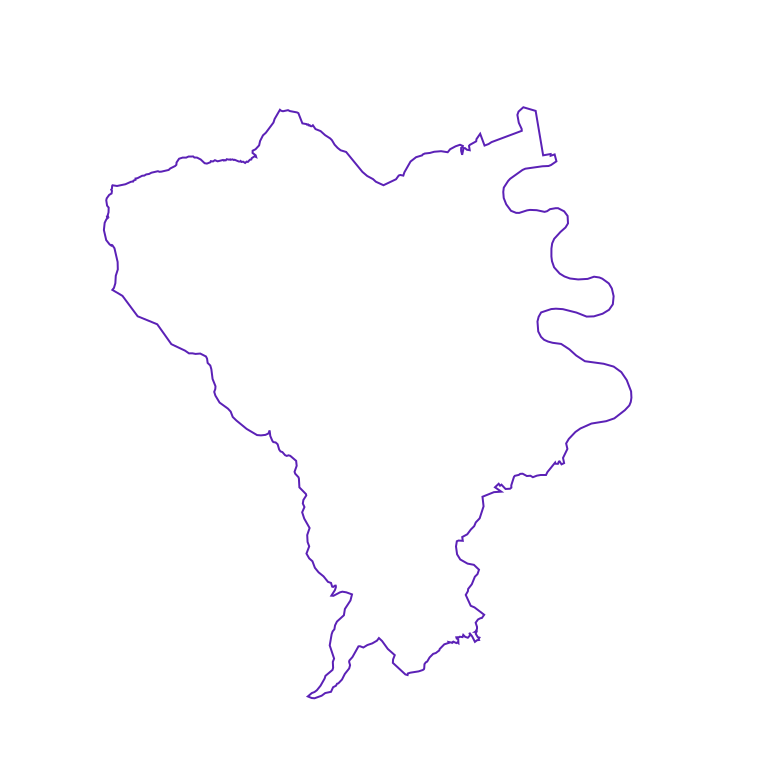 Dobra, Hunedoara, Romania (Equal Earth projection), rotated 77°
{"feature_id": "2599482B49682710241198", "entity_name": "Dobra", "entity_type": "district", "adm_level": 2, "iso_a3": "ROU", "parent_name": "Romania", "parent_adm1": "Hunedoara", "projection": "equal_earth", "projection_center": [22.59, 45.878], "detail": "fine", "context": "isolated", "style": "outline", "palette": "violet", "viewbox_px": 768, "rotation_deg": 77, "n_neighbors": 0, "source": "geoboundaries", "source_scale": "gbopen_adm2", "svg_char_len": 6159}
<svg xmlns="http://www.w3.org/2000/svg" viewBox="0 0 768 768"><g transform="rotate(77 384 384)"><path d="M531.8,497.7L537.1,496.1L540.6,493.6L547.5,492.7L552.8,490.1L557.8,486.2L564.2,483.1L565.9,480.4L569.8,480.1L570.3,479.2L569.4,477.0L569.6,476.4L571.0,476.5L573.8,478.2L578.4,482.9L579.0,480.9L577.1,473.8L577.0,471.3L578.5,467.6L581.8,462.5L587.4,465.4L594.4,472.7L600.3,475.1L604.9,483.3L608.2,486.0L611.8,487.5L613.5,489.7L616.0,491.3L626.5,495.7L640.3,494.4L643.3,496.4L649.0,497.4L651.0,498.5L655.2,506.7L657.6,508.1L663.7,513.7L667.3,518.3L668.5,521.0L668.9,523.9L671.3,528.5L673.7,525.1L674.6,522.4L673.7,514.9L671.9,510.8L672.0,504.9L668.0,501.8L667.2,498.7L665.5,497.2L665.4,495.8L662.5,491.4L657.7,487.4L653.3,481.9L650.3,480.3L646.9,480.5L645.6,479.9L643.0,476.2L633.9,467.9L634.1,466.4L636.1,463.4L634.6,458.9L634.1,453.8L632.5,448.6L630.4,446.1L634.0,443.7L643.0,439.9L650.6,434.5L654.4,437.1L657.7,438.1L671.8,428.5L672.9,426.5L671.4,425.8L671.2,423.4L671.8,414.9L671.4,410.6L670.9,409.3L669.9,408.7L666.1,407.6L664.6,405.9L664.2,404.4L660.7,401.1L658.0,396.8L657.8,394.1L656.0,390.1L654.7,389.3L651.2,383.8L650.8,378.9L649.9,379.1L651.3,376.0L652.3,375.4L651.0,375.6L650.6,374.4L652.7,371.8L652.3,370.7L653.3,369.8L649.4,369.1L648.4,370.4L647.1,370.5L647.6,367.5L647.3,367.0L648.3,364.4L646.3,363.2L648.6,361.8L650.1,359.4L648.2,356.6L645.6,356.8L649.7,354.9L655.7,353.4L654.6,351.0L654.8,349.0L653.7,349.2L652.6,348.1L651.7,349.6L648.0,350.8L646.4,349.7L646.0,351.1L645.4,349.5L645.1,349.8L643.6,348.5L641.6,348.0L637.2,348.4L634.6,345.4L633.9,342.7L634.0,341.3L631.4,338.3L622.0,346.1L619.6,349.4L607.9,351.8L604.8,348.9L602.6,348.1L598.9,343.5L592.2,338.8L590.3,335.7L586.3,333.2L580.4,337.1L577.8,343.0L572.1,349.2L566.4,351.1L558.5,350.4L553.6,348.4L553.3,346.6L554.5,342.5L550.7,342.2L549.2,336.7L545.3,332.1L542.8,328.1L539.5,325.7L536.4,321.0L525.6,314.5L516.0,313.4L514.1,301.2L515.3,293.9L509.6,299.1L507.0,294.7L509.2,293.8L508.5,292.2L513.6,289.2L514.4,284.8L513.6,283.2L511.4,282.8L503.8,278.3L502.9,277.2L502.9,273.1L502.2,271.5L502.6,269.1L505.8,265.5L506.3,262.0L508.3,259.9L507.7,255.6L507.9,251.8L509.1,246.6L506.6,244.6L499.1,235.0L500.2,235.0L500.9,232.5L498.9,231.0L498.9,230.3L502.2,229.1L501.6,226.3L496.3,226.2L488.5,219.9L482.9,219.9L479.1,216.3L473.8,208.3L471.5,202.6L469.2,190.8L470.2,175.9L469.3,167.3L463.7,155.2L460.1,149.8L457.0,147.6L453.0,146.0L446.8,144.9L434.8,146.6L425.8,150.1L418.7,156.3L413.7,165.4L407.0,183.1L399.5,190.3L391.9,195.6L384.8,202.4L381.8,210.4L379.5,214.7L376.9,218.1L373.4,220.4L367.5,221.9L357.6,220.4L353.3,218.2L349.6,214.8L348.6,204.2L349.3,199.5L351.3,192.9L357.7,180.4L363.9,171.4L365.3,164.3L364.7,155.2L362.3,148.0L357.8,143.1L350.1,140.5L342.2,140.5L336.6,142.3L330.5,147.6L328.7,150.1L326.7,155.2L327.4,161.9L325.8,171.3L323.0,179.1L319.8,184.0L315.9,188.0L308.6,192.0L302.1,192.7L297.4,192.2L289.7,190.4L284.8,188.5L280.8,185.5L275.5,177.8L272.3,171.9L268.9,168.6L261.6,167.3L256.3,169.6L251.9,174.8L251.3,177.3L251.0,182.9L252.3,186.2L252.4,188.8L249.0,196.1L247.2,202.6L247.0,205.6L247.7,213.8L247.0,216.7L243.8,221.3L236.4,224.5L229.7,225.5L223.7,224.6L219.6,223.1L214.1,217.4L212.4,214.9L206.6,200.9L206.0,197.9L207.5,180.6L208.6,174.6L208.2,172.0L205.8,165.9L198.7,166.1L199.1,170.3L197.4,169.9L197.0,177.5L152.0,174.8L145.7,186.0L148.8,191.6L151.8,193.5L159.8,193.9L166.4,192.5L168.3,192.8L172.5,224.8L173.7,228.1L174.3,232.4L161.8,234.0L166.2,238.8L168.3,239.6L170.3,246.6L171.1,247.6L175.5,247.9L174.4,250.5L172.4,252.0L172.1,253.4L178.3,256.3L174.1,256.4L171.3,255.7L170.9,254.2L169.8,253.6L168.0,256.1L168.5,260.8L170.1,266.7L172.5,269.8L170.0,276.0L169.0,282.9L169.2,287.3L168.6,292.5L169.1,294.7L169.8,295.4L170.2,301.7L173.2,308.1L182.3,316.5L185.3,318.3L184.0,321.1L184.2,322.8L187.2,326.2L190.2,339.8L185.1,346.4L181.9,348.6L177.5,353.6L172.5,357.3L149.4,368.7L146.5,373.7L143.5,376.1L139.7,378.3L134.7,379.9L132.6,381.2L128.3,385.4L123.3,388.9L120.2,393.4L115.9,395.1L116.6,396.4L116.1,397.8L115.0,398.2L115.0,399.4L113.9,399.7L113.9,400.8L113.3,401.1L111.7,404.9L100.8,406.5L99.8,407.7L96.9,414.3L95.6,415.9L95.5,421.1L94.6,422.8L93.4,423.7L101.2,431.0L104.4,432.9L112.6,442.6L114.5,446.0L119.4,450.1L123.4,452.0L126.4,456.4L127.1,459.5L129.3,460.1L132.3,457.6L134.1,457.5L133.0,458.9L134.2,462.1L135.4,462.8L135.3,464.2L137.0,466.7L136.4,467.8L137.4,469.6L135.7,471.2L135.6,472.9L134.5,473.5L134.9,474.1L134.5,475.5L131.9,479.1L132.0,479.9L131.1,481.0L131.0,483.1L130.5,483.4L130.6,484.4L129.6,486.7L130.5,487.9L130.0,489.0L130.3,489.7L129.5,490.4L129.6,496.0L127.9,498.4L128.7,500.6L127.9,502.6L128.9,503.3L129.4,507.0L128.5,509.1L124.0,512.1L121.3,515.3L120.7,517.8L119.4,518.7L118.4,523.3L118.9,525.8L118.1,529.2L118.4,533.0L121.5,536.3L123.7,537.0L124.6,538.4L125.9,543.8L127.0,545.7L127.0,553.1L126.7,555.1L125.8,556.4L125.8,563.1L126.5,565.7L126.3,568.6L127.0,570.6L126.7,572.8L128.0,577.9L127.9,579.9L129.1,580.1L129.5,582.4L130.3,582.9L130.0,584.9L131.2,591.0L131.0,599.6L129.3,603.8L129.8,604.3L132.6,605.2L133.3,606.1L134.6,605.6L137.1,606.6L137.9,609.2L140.7,612.4L142.5,613.3L147.9,613.7L150.2,612.6L154.8,613.8L157.5,615.3L158.4,615.2L158.5,616.3L159.8,616.4L160.1,615.8L161.1,617.5L164.1,619.9L171.0,622.3L181.3,622.3L186.2,620.0L187.8,618.6L187.3,618.1L187.6,617.5L191.1,616.1L205.2,616.1L212.5,617.6L218.2,621.0L225.4,623.1L229.6,625.5L231.2,627.5L239.3,619.0L262.6,608.8L274.8,591.5L297.4,582.2L306.7,570.4L310.3,567.1L311.0,563.8L312.3,560.9L313.0,556.2L317.1,551.3L319.5,550.7L323.8,551.1L326.9,549.1L330.8,548.9L340.5,549.9L348.3,548.7L350.9,549.5L353.5,551.2L357.4,550.9L365.1,548.4L372.9,541.6L376.4,539.6L382.1,538.8L386.3,536.1L396.8,528.0L405.2,519.2L406.4,515.4L406.9,510.9L406.2,507.7L403.5,505.9L409.1,506.5L414.2,505.6L415.7,504.9L416.6,502.7L418.8,501.2L424.3,500.9L426.4,500.0L427.5,498.3L431.1,496.4L432.2,494.9L432.0,493.1L432.9,491.5L439.1,486.9L444.1,487.5L449.4,490.9L451.4,490.7L455.6,488.3L457.1,488.2L465.7,489.7L473.7,484.8L475.1,484.8L478.8,488.6L482.2,490.0L486.0,489.2L490.6,492.6L497.2,492.0L507.6,488.9L513.9,492.8L520.7,494.0L525.4,493.4L531.8,497.7Z" fill="none" stroke="#5b21b6" stroke-width="2"/></g></svg>